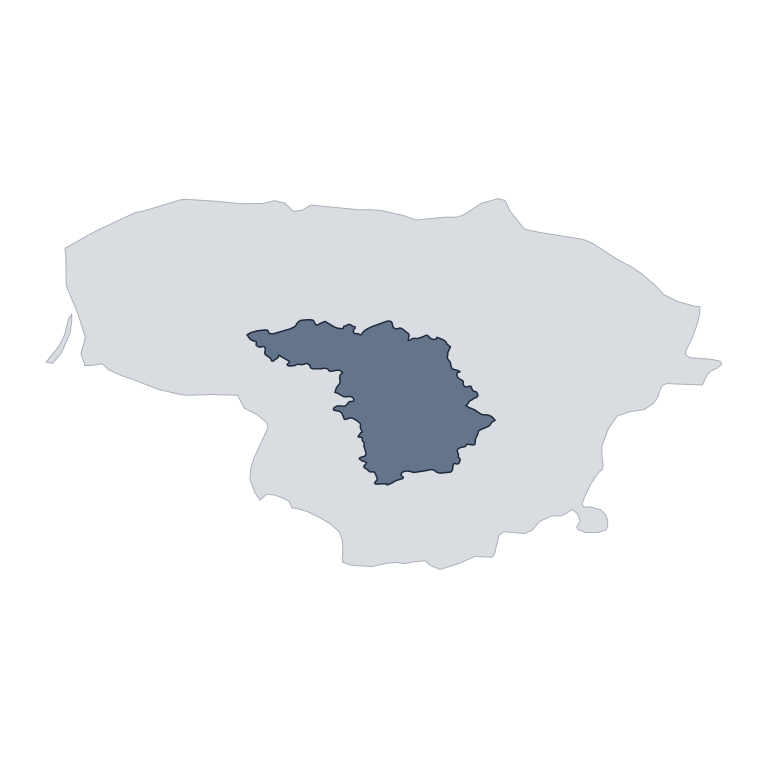 where Kauno sits in Lithuania
{"feature_id": "LTU-1069", "entity_name": "Kauno", "entity_type": "County", "adm_level": 1, "iso_a3": "LTU", "parent_name": "Lithuania", "parent_adm1": "", "projection": "robinson", "projection_center": [23.769, 55.019], "detail": "fine", "context": "in_parent", "style": "filled", "palette": "slate", "viewbox_px": 768, "rotation_deg": 0, "n_neighbors": 0, "source": "natural_earth", "source_scale": "10m", "svg_char_len": 7411}
<svg xmlns="http://www.w3.org/2000/svg" viewBox="0 0 768 768"><path d="M259.9,500.1L255.1,492.8L250.0,479.7L250.6,469.2L253.6,458.8L267.8,428.0L267.1,423.1L257.0,414.5L244.4,408.3L237.6,395.3L212.1,394.5L188.1,395.3L180.6,394.6L157.8,389.2L135.9,380.6L121.2,375.5L108.9,369.8L102.3,363.8L91.8,365.4L84.7,365.5L84.7,364.4L80.9,353.9L85.4,337.7L78.1,314.0L66.2,285.6L65.8,255.1L65.0,248.2L96.0,231.0L135.0,212.7L143.8,211.0L179.5,200.1L184.2,199.2L216.3,201.3L241.4,203.8L262.6,203.5L274.3,200.7L284.9,203.1L293.3,211.3L302.1,210.3L310.8,205.0L358.3,209.8L369.0,209.7L381.1,210.5L403.3,215.5L416.2,220.0L444.4,217.2L456.4,217.1L462.7,215.3L482.1,202.9L490.5,200.8L498.2,198.6L505.2,200.5L510.0,211.0L524.5,229.3L540.2,232.5L583.5,239.5L592.4,243.2L616.9,259.2L631.7,267.1L641.1,273.4L655.5,285.7L663.8,294.7L677.7,301.5L694.0,306.1L699.9,306.8L699.7,313.3L697.1,324.4L691.9,338.7L686.4,349.8L685.1,354.1L689.5,357.6L711.0,359.3L720.1,361.2L721.9,364.2L717.2,368.0L710.5,371.2L707.5,374.2L702.3,385.0L666.6,383.6L661.9,385.8L659.7,390.8L658.1,396.6L653.5,403.4L644.1,409.5L629.3,411.8L617.2,416.0L608.3,428.8L601.8,446.1L602.1,458.3L603.1,465.1L602.4,469.0L597.8,473.3L590.4,484.6L584.5,497.0L582.2,503.8L583.4,506.9L590.3,507.0L600.3,509.6L605.6,514.6L607.6,520.3L607.7,526.5L605.9,529.9L598.0,532.4L585.5,532.5L578.2,529.5L576.6,527.2L580.1,521.2L577.5,513.8L572.3,509.6L561.8,515.8L551.7,515.8L539.7,521.4L531.9,530.2L524.3,533.5L503.8,531.7L498.8,535.6L494.6,553.7L492.2,557.2L475.1,556.4L458.6,563.6L439.9,569.4L430.4,565.4L425.2,560.8L415.0,561.6L403.9,563.6L396.5,562.5L388.1,563.0L372.0,566.5L351.7,565.4L343.0,562.4L342.2,559.5L342.8,552.5L342.7,541.6L339.5,532.0L329.8,523.4L319.6,517.5L306.7,511.3L297.1,508.6L291.8,507.9L290.6,504.4L288.8,501.3L284.3,498.6L274.7,495.0L266.6,494.2L259.9,500.1ZM52.7,363.3L46.1,362.2L59.5,345.4L64.7,334.5L68.5,319.1L71.7,314.2L71.7,321.2L70.1,332.9L61.4,352.9L52.7,363.3Z" fill="#d9dde1" stroke="#a8b0b8" stroke-width="1"/><path d="M450.4,346.7L448.6,351.0L448.1,351.9L447.7,353.2L447.8,354.7L447.5,356.0L447.3,357.8L448.1,359.5L450.3,362.2L451.3,367.3L452.2,368.6L453.6,369.4L458.2,370.6L459.7,371.4L459.8,371.9L459.1,372.2L458.0,372.4L457.1,373.0L456.8,374.1L457.2,376.2L458.0,377.6L459.1,378.6L460.1,379.3L462.0,380.3L463.0,380.9L463.3,381.8L463.1,382.9L463.3,384.7L464.5,386.4L465.9,387.0L467.2,386.9L469.5,386.1L470.6,386.2L471.2,386.9L472.7,390.7L476.2,391.9L477.4,393.5L477.8,395.0L477.8,395.7L477.5,396.5L476.9,397.0L475.9,397.6L473.9,398.4L473.2,398.8L472.6,399.4L472.0,399.8L470.6,400.4L470.0,400.8L469.6,401.2L468.9,402.1L468.2,403.3L466.0,405.7L467.0,406.0L468.5,407.4L474.5,409.7L480.7,414.0L482.8,414.7L487.7,414.9L489.8,415.6L491.9,416.8L494.4,419.3L495.0,420.3L491.7,422.3L489.7,425.4L488.2,426.5L480.6,429.7L479.3,430.5L478.5,431.3L478.2,432.2L477.4,435.0L477.1,435.7L476.4,437.0L475.8,438.1L475.4,439.5L475.3,440.9L475.2,442.4L474.9,444.1L474.1,444.8L472.9,445.0L468.6,444.3L467.3,444.2L466.6,444.8L465.2,446.5L460.4,447.6L458.5,448.5L457.5,449.7L457.3,451.1L457.6,452.3L458.1,453.5L458.4,454.6L458.5,455.4L458.2,457.1L459.9,458.6L460.0,459.2L460.1,460.1L459.8,460.9L459.5,462.3L458.9,463.2L458.0,463.8L456.9,464.0L455.9,463.8L455.0,463.4L453.9,463.6L453.3,464.5L453.0,465.9L452.6,469.1L452.2,470.2L451.8,470.9L450.6,472.1L440.3,473.1L438.6,472.8L436.5,472.1L435.5,471.1L433.0,469.8L431.2,469.6L429.0,469.9L426.7,470.5L413.9,472.5L412.9,472.3L411.9,472.0L410.8,471.6L408.5,471.1L406.3,471.0L403.6,471.7L402.8,472.1L402.1,472.6L401.7,473.0L401.3,473.4L401.1,473.9L401.1,474.5L401.2,475.0L401.4,475.5L401.7,475.9L401.9,476.1L402.8,476.8L403.1,477.1L403.2,477.6L403.2,478.0L403.0,478.4L402.6,478.6L395.8,480.6L391.9,483.0L388.8,484.4L387.2,484.8L386.6,484.7L386.9,484.2L386.6,483.7L375.8,484.1L374.6,483.2L375.3,482.0L375.9,481.1L376.9,480.1L377.2,479.0L377.0,477.5L375.0,473.1L374.2,472.1L373.4,471.8L371.3,472.0L370.0,471.8L368.8,471.0L367.4,469.6L364.8,468.0L364.0,467.3L363.8,466.4L364.4,465.3L365.5,464.5L366.3,463.6L366.3,462.8L365.4,461.8L362.1,460.9L361.5,460.5L361.1,460.0L360.5,459.6L359.8,459.3L359.3,458.9L359.3,458.3L360.1,457.6L361.3,457.1L364.2,456.3L365.3,455.8L365.9,454.5L366.0,453.0L363.9,446.1L364.2,444.2L364.1,443.0L363.5,442.0L363.1,441.6L362.5,440.8L362.1,439.9L362.3,438.3L361.4,437.4L360.5,437.2L359.4,437.2L358.5,437.1L358.2,436.6L358.3,435.9L359.6,434.8L360.0,433.8L360.5,433.1L360.8,432.7L362.1,432.2L361.7,430.6L361.3,429.9L360.6,428.7L360.3,427.0L360.3,426.1L360.5,425.2L360.6,424.4L360.2,423.5L359.4,422.6L356.9,420.7L353.7,418.8L351.6,418.0L350.0,417.9L347.2,419.0L344.4,419.4L341.9,413.3L340.8,412.3L339.5,411.3L333.9,410.2L333.4,409.3L333.6,408.5L334.2,407.6L335.1,407.0L335.9,406.5L337.2,406.0L338.4,405.8L343.4,406.2L344.4,406.2L345.3,405.9L346.0,405.5L346.7,404.8L348.0,403.0L348.7,402.2L349.2,401.8L349.8,401.6L350.5,401.5L352.0,401.4L352.9,401.3L353.7,400.7L353.8,399.3L353.1,398.0L351.0,396.6L348.4,396.5L345.8,396.8L343.3,396.5L337.3,393.0L335.0,392.4L336.3,387.9L338.2,385.3L339.6,383.8L340.0,382.7L340.1,381.3L339.8,379.8L339.7,377.1L339.9,375.7L340.5,374.5L342.5,372.6L340.3,370.5L337.3,370.2L330.8,371.3L329.8,371.2L328.9,370.6L328.4,369.6L326.5,368.5L325.1,368.2L320.5,368.8L313.3,368.8L311.2,368.2L310.5,367.6L310.0,365.9L309.4,364.9L307.5,363.8L306.4,363.4L305.5,363.5L304.9,363.9L304.1,364.2L302.8,364.5L300.7,364.7L299.2,364.3L297.9,364.2L296.9,364.3L296.4,364.6L295.5,365.2L294.9,365.5L291.6,365.9L288.6,365.9L287.4,365.3L287.2,364.5L287.8,363.6L289.4,362.3L289.5,361.7L289.2,361.2L281.3,356.7L279.9,355.5L279.2,355.2L278.7,355.2L278.5,355.4L278.5,355.8L278.5,356.3L278.6,356.8L278.3,357.2L277.9,357.5L277.4,357.7L277.0,358.0L276.8,358.5L276.4,358.9L275.8,359.2L275.2,359.5L274.8,359.7L274.3,360.2L273.7,360.8L272.5,361.2L271.8,361.0L271.3,360.4L271.1,359.5L270.8,358.7L268.7,356.9L266.5,355.6L265.4,354.6L264.8,353.5L264.7,352.4L265.2,350.3L265.3,349.1L265.1,348.0L264.4,346.9L263.6,346.5L262.7,346.5L260.8,347.1L259.4,347.1L258.7,347.0L256.3,345.4L256.1,343.9L256.5,342.6L256.2,341.7L255.6,341.3L253.2,340.9L250.9,339.7L249.6,338.5L247.1,334.9L250.7,332.7L257.3,330.8L265.8,329.9L267.3,330.2L268.1,330.8L268.4,332.0L268.7,332.8L269.5,333.4L272.5,334.0L290.2,328.9L294.3,326.9L295.4,326.1L296.1,325.2L296.4,324.1L298.6,321.6L300.9,320.3L308.1,319.7L310.6,319.8L312.6,320.1L313.4,320.6L314.0,321.4L315.0,323.7L315.7,324.6L316.7,325.0L318.3,324.6L319.3,323.9L325.1,321.4L333.8,326.7L336.3,327.8L340.2,328.6L342.1,328.6L343.3,328.2L343.5,327.6L343.6,326.8L343.7,326.4L344.2,326.1L345.5,325.9L346.2,325.7L346.9,325.3L347.4,324.9L347.9,324.6L348.6,324.4L349.6,324.5L350.8,324.9L352.2,326.1L354.4,326.6L355.1,326.9L355.2,327.6L354.7,328.7L353.9,329.5L353.4,330.5L353.1,331.3L354.5,333.6L357.8,333.7L359.7,334.6L360.6,334.8L361.3,334.6L363.1,332.1L364.2,331.0L366.4,329.4L371.7,326.7L387.3,321.1L389.6,321.1L390.4,321.3L391.3,321.7L391.9,322.6L392.3,323.7L392.8,326.2L393.3,327.4L394.5,328.3L396.1,328.9L398.2,328.7L399.2,328.1L400.2,328.1L401.5,328.4L403.8,329.9L405.1,331.1L408.4,333.6L409.0,334.7L409.1,335.9L408.8,337.1L408.2,339.4L408.2,340.1L408.8,340.5L410.0,340.2L412.1,338.7L413.1,338.4L414.6,338.3L416.5,338.6L418.7,338.2L424.3,336.2L425.4,335.5L426.7,335.2L427.6,335.5L429.0,336.8L430.2,338.0L431.5,338.9L434.0,339.4L435.5,339.4L436.3,338.9L436.4,338.2L436.6,337.5L437.3,337.4L442.7,339.6L444.4,340.5L445.8,341.8L447.3,344.4L450.4,346.7Z" fill="#64748b" stroke="#1e293b" stroke-width="1.5"/></svg>